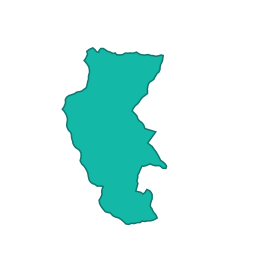 outline of Ibaté, São Paulo, Brazil, rotated 132°
{"feature_id": "56859067B71319028154553", "entity_name": "Ibaté", "entity_type": "district", "adm_level": 2, "iso_a3": "BRA", "parent_name": "Brazil", "parent_adm1": "São Paulo", "projection": "albers", "projection_center": [-48.03, -21.94], "detail": "fine", "context": "isolated", "style": "filled", "palette": "teal", "viewbox_px": 256, "rotation_deg": 132, "n_neighbors": 0, "source": "geoboundaries", "source_scale": "gbopen_adm2", "svg_char_len": 2533}
<svg xmlns="http://www.w3.org/2000/svg" viewBox="0 0 256 256"><g transform="rotate(132 128 128)"><path d="M50.6,150.3L51.6,152.3L54.3,153.8L56.4,155.7L57.3,157.7L58.6,159.2L60.1,162.4L62.8,164.5L63.9,166.1L65.4,168.6L66.0,172.5L69.0,174.2L70.8,176.6L72.5,178.1L74.2,180.2L77.2,181.1L79.0,182.8L81.1,185.4L80.8,187.7L82.6,189.0L83.6,192.2L84.8,194.9L85.1,197.9L85.6,199.8L87.2,201.4L89.7,201.3L91.4,200.5L92.4,202.4L91.9,204.7L92.0,207.8L95.6,209.4L98.7,209.9L100.1,207.5L101.8,206.9L104.6,206.0L107.2,205.8L107.6,202.5L108.1,200.0L109.2,197.3L111.1,195.1L112.4,193.8L114.6,192.8L116.4,191.7L118.0,190.1L120.1,189.2L123.8,187.0L126.0,186.0L128.3,186.5L131.4,187.0L133.9,188.7L135.8,190.2L138.1,190.6L140.9,192.1L143.5,193.6L146.2,194.2L148.8,193.6L151.2,191.2L153.0,190.4L155.3,189.7L158.0,189.4L158.3,186.4L159.1,183.6L160.1,181.5L161.5,179.4L162.9,178.1L165.2,176.7L167.3,175.1L168.5,173.2L169.5,170.6L169.6,167.7L170.9,165.5L172.7,163.7L173.9,162.0L175.0,160.1L176.3,158.5L177.1,156.4L177.6,153.8L177.1,151.0L177.0,148.9L178.2,145.9L181.1,143.4L184.4,141.6L185.1,139.8L185.7,137.9L185.7,135.7L186.3,132.9L187.2,130.1L188.7,127.2L190.3,125.4L192.7,121.9L193.3,119.2L193.0,117.1L192.0,114.7L191.8,112.0L189.5,109.6L188.1,107.3L190.9,106.3L193.3,104.6L194.7,102.9L196.5,102.2L198.3,101.6L201.0,101.2L203.2,98.4L204.2,95.8L204.9,92.5L205.4,88.9L204.2,86.3L202.9,84.4L203.3,80.6L202.5,77.6L201.1,74.9L200.6,72.0L200.5,68.3L200.7,65.4L199.1,62.9L196.7,61.8L194.8,59.4L192.3,57.9L190.1,55.7L187.8,55.3L186.1,52.8L184.2,51.6L182.1,49.3L180.0,47.9L178.3,47.1L175.3,46.1L173.9,49.3L173.6,51.8L173.1,53.9L172.0,56.2L171.5,58.6L169.8,60.3L166.8,61.8L164.6,62.6L163.0,64.0L161.3,65.5L160.5,67.4L160.1,69.8L161.1,72.9L164.7,72.2L167.0,72.7L167.3,75.6L168.3,77.3L169.7,80.0L162.6,83.5L161.6,85.9L159.5,86.9L157.9,87.9L156.2,89.5L154.4,89.7L150.4,91.1L147.2,92.1L144.9,90.0L141.9,88.4L140.0,87.7L138.7,84.2L137.7,82.4L136.2,80.8L134.8,79.3L134.6,75.2L132.7,72.8L130.6,73.8L129.8,76.6L129.8,79.1L130.2,82.2L128.7,85.9L127.9,88.2L126.8,91.8L126.4,94.5L125.6,97.4L125.8,100.8L126.1,103.3L112.3,104.8L117.1,115.0L115.2,118.6L114.7,121.3L115.1,124.2L114.7,126.6L113.0,129.7L112.7,132.9L112.7,136.1L110.1,137.2L106.6,137.5L103.8,137.1L101.2,137.2L99.0,137.6L97.0,137.8L95.1,137.7L89.4,136.6L87.7,138.0L86.0,139.8L83.7,141.3L81.3,142.4L79.0,142.5L77.1,141.9L74.6,141.4L71.9,142.2L69.9,142.5L68.0,142.9L65.8,142.5L63.1,143.4L60.9,145.2L59.0,146.2L56.9,146.7L54.1,147.9L52.5,149.1L50.6,150.3Z" fill="#14b8a6" stroke="#0f766e" stroke-width="1.5"/></g></svg>